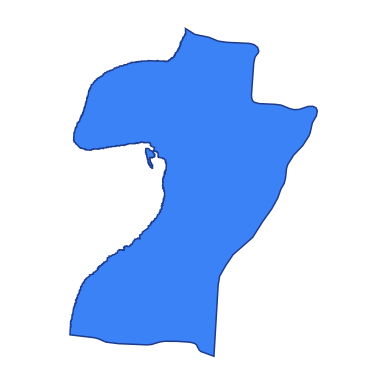 outline of Boca Chica, Santo Domingo, Dominican Republic, rotated 93°
{"feature_id": "3306468B37182555728177", "entity_name": "Boca Chica", "entity_type": "district", "adm_level": 2, "iso_a3": "DOM", "parent_name": "Dominican Republic", "parent_adm1": "Santo Domingo", "projection": "natural_earth1", "projection_center": [-69.616, 18.462], "detail": "fine", "context": "isolated", "style": "filled", "palette": "blue", "viewbox_px": 384, "rotation_deg": 93, "n_neighbors": 0, "source": "geoboundaries", "source_scale": "gbopen_adm2", "svg_char_len": 6031}
<svg xmlns="http://www.w3.org/2000/svg" viewBox="0 0 384 384"><g transform="rotate(93 192 192)"><path d="M354.9,161.5L283.8,161.0L274.6,160.0L263.4,154.3L252.5,147.8L234.1,129.0L218.0,120.0L204.7,111.5L193.4,106.0L184.5,103.4L178.6,100.4L173.7,99.4L163.4,98.8L159.7,97.9L149.8,92.4L140.1,84.0L130.2,78.3L126.7,77.1L116.5,75.4L109.6,71.8L104.3,71.1L101.4,72.6L100.1,75.8L100.5,80.6L103.9,89.2L104.4,94.3L103.8,98.2L100.6,107.4L100.1,113.3L100.2,129.5L99.1,134.6L97.4,136.4L95.2,137.3L91.6,137.7L60.1,137.1L53.9,136.1L49.5,133.1L47.7,132.7L44.1,134.1L41.6,137.7L40.6,142.5L40.7,165.2L39.9,173.9L36.6,183.2L34.5,197.3L29.1,207.1L34.4,206.6L34.4,207.1L35.8,207.1L35.8,207.6L37.7,208.2L37.7,208.7L38.6,208.7L38.6,209.3L40.4,209.3L40.4,209.8L42.3,210.4L42.3,210.9L43.7,210.9L43.7,211.5L45.1,211.5L45.1,210.9L45.5,210.9L45.5,211.5L46.9,211.5L46.9,212.0L48.7,212.0L48.7,212.6L49.7,212.6L50.1,213.6L52.0,213.6L52.0,214.2L53.4,214.7L53.8,215.8L55.7,215.8L55.7,216.4L56.6,216.4L56.6,216.9L58.0,216.9L58.0,217.5L58.9,218.0L58.9,219.1L59.8,219.1L59.8,220.2L61.2,220.7L61.2,221.8L62.6,222.4L62.6,224.0L63.1,224.0L63.1,226.2L62.6,226.2L63.1,232.7L62.6,232.7L62.6,233.8L63.1,233.8L63.1,242.6L63.5,242.6L64.0,249.6L64.5,249.6L64.5,252.4L64.9,252.4L64.9,254.6L65.4,254.6L65.8,259.5L66.3,259.5L67.2,262.7L68.1,263.3L68.6,266.6L69.5,267.1L70.0,270.9L71.4,272.0L71.4,273.6L71.8,273.6L72.3,275.8L74.2,277.5L75.1,280.7L76.0,281.3L76.0,282.9L77.4,284.0L77.4,285.1L78.8,286.2L78.8,286.7L80.6,287.3L80.6,287.8L81.5,288.4L81.5,289.5L82.9,290.6L82.9,291.6L84.3,292.7L84.3,293.3L85.2,293.3L86.2,294.9L87.1,294.9L87.6,296.0L89.4,296.6L90.3,298.2L93.6,298.7L93.6,299.3L94.9,299.3L94.9,299.8L96.3,299.8L96.3,300.4L101.9,300.9L101.9,301.5L103.7,301.5L103.7,302.0L107.4,302.0L107.4,302.6L109.7,302.6L109.7,303.1L112.5,303.1L112.5,303.6L113.9,303.6L113.9,304.2L116.7,304.2L116.7,304.7L118.5,304.7L118.5,305.3L120.4,305.3L120.4,305.8L121.3,305.8L121.3,306.4L122.2,306.4L122.2,306.9L124.1,306.9L124.1,307.5L127.3,308.0L127.7,309.1L128.7,309.1L129.1,310.2L133.3,310.7L133.3,311.3L134.2,311.3L134.2,311.8L138.8,312.4L138.8,312.9L146.7,312.9L146.7,312.4L148.1,312.4L149.0,310.7L149.9,310.7L150.4,309.6L153.6,306.4L153.6,305.3L154.1,305.3L154.5,301.5L155.0,301.5L155.0,300.4L155.5,300.4L155.5,294.9L155.0,294.9L154.5,292.7L154.1,292.7L154.1,287.3L153.6,287.3L153.6,286.2L153.2,286.2L153.2,282.9L152.7,282.9L152.2,279.6L151.8,279.6L151.8,278.0L151.3,278.0L151.3,275.3L150.9,275.3L150.4,270.4L149.9,270.4L149.9,269.3L149.5,269.3L149.9,266.6L149.0,266.0L149.0,262.2L148.5,262.2L148.5,260.6L148.1,260.6L147.6,258.4L147.1,258.4L146.7,251.3L146.2,251.3L146.2,249.6L145.8,249.6L146.2,248.6L145.8,248.6L145.3,245.8L144.8,245.8L144.8,242.6L145.3,242.6L144.8,237.1L145.3,237.1L145.8,236.0L147.6,236.0L148.1,234.9L148.5,234.9L149.5,231.7L153.2,232.7L153.2,230.0L153.6,230.0L153.6,228.9L154.5,228.9L155.0,227.8L158.2,227.8L158.2,227.3L159.2,227.3L159.6,222.9L160.1,222.9L160.1,221.8L161.5,220.7L161.5,220.2L163.3,220.2L163.3,219.6L164.7,219.6L164.7,219.1L171.6,219.1L171.6,219.6L172.6,219.6L172.6,220.2L173.9,220.2L173.9,220.7L174.4,220.7L174.4,219.6L175.3,219.6L175.8,220.7L178.1,220.7L178.1,221.3L179.9,221.3L179.9,221.8L183.7,221.8L183.7,221.3L187.3,221.8L187.3,221.3L189.2,221.3L189.2,220.7L190.1,221.3L190.6,220.2L192.4,220.2L192.4,219.6L198.0,219.1L198.0,219.6L200.3,219.6L200.3,220.2L200.7,220.2L200.7,219.6L201.7,219.6L201.7,220.2L204.0,220.2L204.0,220.7L205.4,220.7L205.4,221.3L206.7,220.7L206.7,221.3L207.7,221.3L207.7,221.8L208.1,221.8L208.1,221.3L210.4,221.3L210.4,221.8L211.8,222.4L211.8,222.9L213.2,222.9L213.2,222.4L213.7,222.4L214.1,223.5L216.0,224.0L216.5,225.1L220.1,226.2L220.6,227.8L222.0,227.8L222.5,228.9L223.4,228.9L223.8,230.6L224.8,230.6L224.8,231.1L225.7,231.1L225.7,231.7L227.1,231.7L227.1,232.2L228.0,232.7L228.0,233.8L230.3,233.8L234.5,239.3L236.8,239.8L237.7,242.0L241.4,241.5L241.4,243.1L240.9,243.1L240.9,243.6L241.4,243.6L242.3,246.9L243.7,246.9L244.2,248.0L247.4,249.1L247.4,250.2L248.8,250.7L248.8,251.3L249.7,251.8L249.7,254.0L249.3,254.0L249.3,254.6L249.7,254.6L249.7,256.2L250.2,256.2L250.2,256.7L251.1,256.7L251.1,257.3L253.4,256.7L253.4,257.3L253.9,257.3L253.9,258.4L253.4,258.4L253.4,261.6L253.9,261.6L254.3,262.7L257.1,263.8L257.1,264.9L258.5,266.0L259.0,268.2L260.3,269.3L260.3,271.5L261.7,271.5L262.2,273.1L265.4,273.1L265.9,274.7L266.8,275.3L266.8,276.4L267.7,276.4L268.2,277.5L269.1,277.5L269.1,278.5L270.0,278.5L270.5,280.2L271.4,280.2L271.4,281.3L272.4,281.3L272.4,281.8L273.3,281.8L273.3,282.4L273.7,282.4L273.7,281.8L275.1,282.4L276.0,284.0L277.0,284.6L277.4,286.2L278.8,286.2L278.8,286.7L279.3,286.7L280.2,290.0L281.6,290.0L283.9,293.3L284.8,293.3L285.3,294.4L287.6,294.9L287.6,295.5L288.5,295.5L289.0,296.6L291.8,297.1L291.8,297.6L292.7,297.6L292.7,298.2L295.5,298.2L295.5,298.7L296.4,298.7L296.4,299.3L299.2,299.3L299.2,299.8L301.0,300.4L301.0,300.9L303.8,300.9L303.8,301.5L305.2,301.5L305.2,302.0L306.1,302.0L306.1,302.6L306.5,302.6L306.5,302.0L308.9,302.0L308.9,302.6L309.8,302.6L309.8,303.1L312.1,303.1L312.1,303.6L313.5,303.6L313.9,304.2L320.9,304.7L320.9,305.3L325.5,305.3L325.5,305.8L327.3,305.8L327.3,306.4L331.0,306.4L331.0,305.8L332.9,305.8L332.9,306.4L341.0,306.4L342.6,282.2L343.4,278.1L346.4,270.1L347.3,257.6L347.0,228.7L346.3,224.2L343.4,216.1L342.5,211.6L341.9,198.8L342.1,186.2L342.9,182.0L344.0,179.8L349.4,176.6L350.8,174.9L354.9,161.5ZM158.2,231.1L156.4,231.1L156.4,231.7L155.5,231.7L155.0,232.7L154.1,232.7L154.1,233.3L153.2,233.8L152.7,236.0L150.9,237.6L150.9,239.8L151.3,239.8L151.3,240.4L155.0,240.4L155.0,239.8L156.9,239.8L156.9,239.3L160.1,238.7L160.1,238.2L161.9,238.2L161.9,237.6L164.3,237.6L164.3,237.1L165.6,237.1L165.6,236.6L166.6,236.6L166.6,236.0L167.5,236.0L167.5,235.5L169.3,234.9L169.8,233.3L170.3,233.3L170.3,232.7L169.3,232.7L169.3,233.3L167.9,232.7L167.5,233.8L166.6,233.3L166.6,233.8L164.7,234.4L164.7,234.9L161.9,235.5L161.9,236.0L160.1,236.0L160.1,235.5L159.6,235.5L160.1,233.8L159.6,233.8L159.2,231.7L158.2,231.7L158.2,231.1Z" fill="#3b82f6" stroke="#1e3a8a" stroke-width="1.5"/></g></svg>